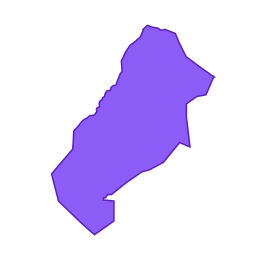 Xan-Uul, Ulaanbaatar, Mongolia (Natural Earth projection), rotated 314°
{"feature_id": "93677404B94490169269592", "entity_name": "Xan-Uul", "entity_type": "district", "adm_level": 2, "iso_a3": "MNG", "parent_name": "Mongolia", "parent_adm1": "Ulaanbaatar", "projection": "natural_earth1", "projection_center": [106.789, 47.807], "detail": "fine", "context": "isolated", "style": "filled", "palette": "violet", "viewbox_px": 256, "rotation_deg": 314, "n_neighbors": 0, "source": "geoboundaries", "source_scale": "gbopen_adm2", "svg_char_len": 2400}
<svg xmlns="http://www.w3.org/2000/svg" viewBox="0 0 256 256"><g transform="rotate(314 128 128)"><path d="M112.2,172.2L112.4,172.3L127.7,177.3L127.9,177.3L153.4,175.3L154.5,178.2L154.9,179.1L157.4,185.7L164.0,177.7L164.4,177.2L172.3,167.5L176.4,162.4L185.9,153.3L186.2,153.3L188.3,153.7L198.7,155.7L198.8,155.8L199.8,156.5L202.7,158.7L205.6,160.7L206.0,161.0L208.2,160.2L211.7,158.9L224.2,154.2L224.5,154.5L224.4,153.3L224.2,152.5L223.9,150.9L223.5,147.9L223.3,146.6L222.7,142.7L222.5,141.5L221.9,137.2L221.4,133.8L221.3,132.7L221.1,131.1L220.6,127.4L220.1,123.3L219.7,120.4L220.2,118.9L220.9,116.8L222.0,113.7L223.2,110.4L224.6,106.3L224.9,105.6L225.4,104.5L226.6,101.6L227.2,100.2L228.7,96.8L228.9,96.5L228.3,95.1L227.3,92.6L226.2,89.9L225.4,88.1L224.7,86.2L222.3,84.6L221.3,83.8L221.0,82.7L220.7,81.0L220.5,79.9L220.0,79.2L218.7,77.3L217.9,76.2L217.5,75.5L216.4,73.5L216.2,72.8L216.0,71.9L215.9,71.7L215.4,71.0L215.2,70.6L211.6,70.4L209.9,70.3L209.1,70.3L209.0,71.0L207.2,71.7L203.9,72.9L202.0,73.7L201.8,73.7L199.3,73.3L197.0,73.2L196.4,73.3L194.6,73.0L192.7,72.7L192.1,72.6L189.2,72.0L186.8,72.4L183.5,73.0L180.7,73.6L179.3,74.0L175.5,75.4L174.7,75.7L172.4,76.3L171.6,76.7L170.6,77.7L170.0,78.5L166.7,82.0L164.8,84.1L164.4,84.4L162.3,84.7L161.5,84.8L161.2,84.9L159.2,85.7L155.7,87.2L153.3,88.1L152.1,89.1L151.3,89.1L151.2,89.1L150.6,89.2L149.8,89.1L148.2,88.1L146.9,87.7L146.4,87.7L145.5,87.7L145.1,87.7L144.0,88.7L143.3,89.0L142.6,89.0L141.8,88.2L141.1,87.7L140.3,87.1L139.3,87.1L137.8,87.3L136.2,88.1L134.7,89.0L134.1,89.1L133.5,89.0L132.7,88.7L132.1,88.8L131.4,89.2L130.4,89.6L128.9,89.2L127.9,89.2L127.0,89.4L126.5,89.8L125.9,90.0L125.2,90.6L124.4,91.7L123.8,92.8L123.3,92.9L122.8,92.4L121.8,92.1L121.0,91.8L119.7,92.1L119.3,92.4L118.7,93.6L118.2,94.0L117.3,94.3L116.2,94.5L113.9,94.7L112.8,94.2L111.9,93.3L111.2,92.5L110.1,91.9L108.8,91.8L107.6,91.7L106.4,91.5L104.8,90.8L104.5,90.8L102.3,90.4L99.7,90.3L98.8,90.4L96.7,90.7L93.7,90.9L91.7,91.0L89.2,91.0L88.0,91.2L86.7,92.3L82.5,96.0L79.8,98.4L75.8,101.7L74.5,102.9L72.0,103.0L62.9,103.6L53.6,104.1L48.2,104.5L41.8,105.0L27.1,128.9L27.2,162.6L28.0,178.0L51.3,182.5L53.8,180.1L65.7,168.7L65.4,168.2L61.4,163.1L59.2,160.4L59.1,160.2L60.6,159.2L61.0,158.9L62.3,160.3L63.5,160.1L64.1,160.0L64.8,159.8L66.0,159.6L67.6,161.3L68.8,162.4L77.2,163.4L88.0,164.8L106.3,168.5L112.2,172.2Z" fill="#8b5cf6" stroke="#5b21b6" stroke-width="1.5"/></g></svg>